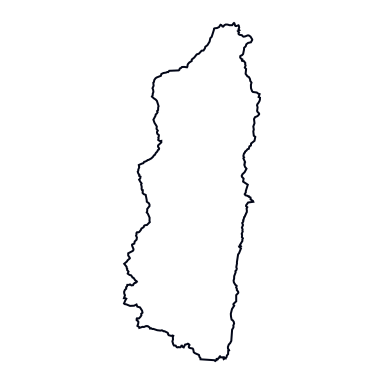 Mueang Pan, Lampang, Thailand (Albers equal-area conic projection)
{"feature_id": "78962969B66536016204177", "entity_name": "Mueang Pan", "entity_type": "district", "adm_level": 2, "iso_a3": "THA", "parent_name": "Thailand", "parent_adm1": "Lampang", "projection": "albers", "projection_center": [99.445, 18.803], "detail": "fine", "context": "isolated", "style": "outline", "palette": "ink", "viewbox_px": 384, "rotation_deg": 0, "n_neighbors": 0, "source": "geoboundaries", "source_scale": "gbopen_adm2", "svg_char_len": 6005}
<svg xmlns="http://www.w3.org/2000/svg" viewBox="0 0 384 384"><path d="M258.1,103.4L259.5,101.0L259.9,99.7L260.0,97.7L258.6,97.0L259.6,94.1L258.0,93.5L256.8,92.5L253.0,92.0L252.1,91.2L251.0,88.2L250.9,84.8L251.5,82.6L250.3,81.0L250.0,79.1L249.3,77.7L248.7,76.9L247.5,76.4L245.6,73.8L246.1,69.0L244.8,67.6L245.6,65.5L245.1,64.1L245.3,63.0L244.0,61.2L242.0,60.8L241.9,60.5L242.4,59.4L240.7,58.4L240.1,57.1L240.4,55.9L242.1,55.1L243.1,54.0L244.0,49.7L244.1,47.8L245.7,46.3L246.3,44.3L248.1,42.9L250.9,42.3L252.2,40.0L252.2,39.4L250.5,36.6L248.7,35.4L247.6,35.4L245.2,36.4L243.7,36.7L242.8,36.3L241.9,35.2L239.6,34.8L238.7,34.2L238.5,33.3L239.0,32.4L237.9,31.1L239.4,30.2L238.5,29.2L239.2,27.7L238.8,25.8L238.5,25.3L236.1,26.1L235.5,26.0L235.1,25.5L234.4,23.3L234.0,23.0L233.6,23.3L232.2,25.2L229.5,25.2L227.7,24.6L225.8,24.5L224.5,25.1L223.2,26.6L222.5,26.5L221.4,25.1L220.5,24.8L219.0,27.1L217.1,28.0L214.7,28.3L214.1,28.6L213.8,30.2L211.7,36.8L210.3,38.2L209.6,41.6L207.4,45.2L205.3,46.8L204.9,48.4L203.5,50.5L201.6,50.7L198.9,53.7L196.7,54.4L194.3,57.5L191.8,59.5L191.7,61.0L189.3,62.5L188.0,64.0L187.6,64.9L187.4,66.7L187.0,67.3L184.1,66.9L182.0,67.0L180.8,68.1L179.8,68.5L179.3,69.9L178.7,70.4L169.3,70.8L168.1,72.1L167.3,72.0L166.0,72.6L163.5,73.0L162.0,73.7L161.3,74.1L160.9,75.8L156.6,77.5L155.5,78.3L154.3,80.0L153.9,82.0L153.3,82.7L153.6,85.8L152.5,88.2L153.1,89.7L153.4,91.9L152.7,93.9L152.7,95.2L151.9,96.6L153.9,98.4L155.6,99.5L156.9,100.9L158.6,106.2L158.2,107.2L158.1,110.0L157.1,111.1L157.6,112.1L156.9,113.4L155.7,114.5L155.5,115.8L153.4,119.7L154.5,122.8L156.8,126.5L156.5,128.8L157.8,130.7L157.0,131.9L157.0,132.7L157.4,133.9L158.8,135.0L158.9,135.5L158.7,136.9L158.3,137.5L158.6,138.4L158.2,139.9L159.4,140.8L160.3,141.1L161.3,140.9L161.3,142.4L158.1,145.4L158.0,146.7L159.1,148.3L158.9,149.4L157.8,150.2L157.3,151.5L155.8,153.0L154.9,154.8L153.9,155.4L153.0,156.8L151.3,158.4L148.6,159.9L147.5,160.1L147.0,160.7L145.2,161.6L144.2,161.8L143.3,163.2L141.9,163.6L138.8,165.0L139.2,167.4L138.3,169.6L138.3,170.7L137.7,171.7L138.4,173.7L139.3,174.6L139.1,175.8L140.5,176.6L140.2,178.5L139.1,179.6L140.6,182.2L141.6,183.4L141.1,184.4L141.7,186.8L141.6,188.9L142.0,190.0L142.8,190.2L142.6,192.9L143.7,194.1L145.7,194.9L146.7,200.0L146.8,201.7L148.9,203.3L149.5,204.6L149.5,206.1L147.2,209.0L147.2,211.2L146.7,212.4L147.8,213.6L149.6,217.7L149.5,220.9L149.8,222.1L146.9,225.0L145.1,225.2L144.2,225.7L143.6,227.2L141.4,228.6L140.9,229.9L139.3,231.9L138.2,232.4L137.1,232.2L136.4,233.1L136.5,234.7L136.0,235.7L136.9,237.4L136.6,239.6L134.7,241.5L134.3,243.6L132.3,244.4L132.0,244.8L132.1,245.7L133.5,249.1L133.4,250.0L132.8,250.9L128.2,253.3L128.2,255.5L129.8,257.9L129.8,258.4L127.5,260.4L127.0,261.4L124.2,263.8L126.6,266.8L126.7,268.1L127.2,268.7L127.1,269.9L128.5,271.6L127.7,273.6L129.5,274.9L131.2,275.4L132.6,277.6L133.5,277.8L135.3,280.4L136.6,281.2L136.9,281.7L136.1,282.2L135.7,282.8L134.6,283.0L133.6,284.0L133.0,285.2L131.4,285.4L130.0,284.4L129.1,284.9L127.3,284.9L127.0,286.4L126.1,287.2L126.2,288.7L124.9,289.9L124.1,291.9L124.3,293.8L125.0,295.2L124.0,298.1L125.1,298.1L126.3,298.7L125.3,300.4L124.0,303.5L124.8,304.1L126.4,304.4L130.0,305.9L134.1,305.7L136.5,304.5L137.3,306.6L140.0,307.4L142.1,310.7L142.5,312.7L141.2,313.8L141.4,315.3L140.3,317.0L138.8,318.5L137.0,318.3L136.6,319.0L136.7,320.3L137.5,320.6L138.4,321.9L138.2,323.7L137.4,325.9L139.1,327.0L139.3,327.9L142.7,326.8L143.9,327.0L146.2,326.0L147.1,326.3L147.7,326.1L149.5,327.4L150.1,328.6L151.0,328.2L152.3,329.0L153.3,328.9L157.2,330.2L160.5,330.6L161.9,330.3L163.8,331.3L164.5,331.2L167.5,332.7L168.1,333.4L168.1,334.4L168.7,335.2L171.3,335.9L172.6,335.5L173.3,335.8L172.8,337.4L173.0,339.3L172.4,341.4L173.2,344.2L173.9,345.5L175.6,345.6L176.8,347.2L177.8,347.4L178.3,347.1L180.2,347.3L181.0,346.7L181.4,345.7L181.9,345.6L183.0,347.1L183.7,347.4L185.1,344.6L187.0,344.2L187.8,343.7L188.5,343.9L189.5,345.0L188.8,346.3L188.9,347.4L189.9,348.0L192.6,348.5L193.2,349.3L193.8,352.3L195.0,353.2L198.9,354.9L199.6,357.2L200.4,358.0L200.5,359.3L214.3,360.2L215.2,361.0L215.9,360.5L216.4,359.4L216.8,359.7L217.1,359.0L217.8,359.2L218.3,358.3L219.6,357.5L219.5,356.7L220.0,356.3L221.0,357.4L223.9,357.2L224.0,357.6L223.4,358.2L223.7,359.1L224.7,358.5L224.9,358.1L225.7,358.4L225.9,357.7L226.5,357.2L226.9,355.5L228.1,354.1L228.2,350.8L229.1,350.4L228.8,349.6L228.0,348.8L227.9,347.0L228.8,344.5L230.1,343.2L231.3,340.9L232.1,329.7L233.4,327.5L233.5,326.7L233.3,325.6L234.1,323.5L233.7,321.7L232.8,320.4L231.6,319.6L231.0,316.6L230.8,313.8L232.0,309.0L234.2,305.7L233.4,304.7L233.5,303.9L236.2,301.3L236.2,295.1L238.2,293.0L238.3,292.4L238.1,291.6L236.8,290.0L236.9,288.9L236.1,287.4L236.6,286.3L236.6,285.7L235.5,285.0L234.3,283.1L233.8,282.1L233.6,280.4L234.1,278.8L234.2,276.1L235.6,272.4L235.4,271.1L236.2,270.4L236.8,268.8L236.3,267.1L237.0,263.3L236.9,262.2L238.1,254.4L239.0,253.3L241.0,248.3L239.3,247.0L239.1,246.5L240.8,246.1L240.0,244.9L242.4,240.9L242.3,239.7L242.9,238.3L241.9,237.2L242.1,235.0L241.7,233.9L242.7,231.4L242.4,230.7L242.6,229.3L241.9,227.7L243.0,225.0L242.2,223.0L243.2,221.7L243.4,220.6L243.1,220.2L243.7,219.2L244.2,217.0L244.8,216.7L245.2,215.2L245.7,214.7L246.0,213.4L246.7,212.5L246.9,210.9L246.6,208.6L247.3,207.2L246.1,206.2L246.1,205.3L248.1,202.5L253.3,201.8L253.0,201.0L250.6,199.4L250.7,198.2L250.4,197.4L249.2,197.1L248.8,196.2L248.0,196.2L247.2,195.7L245.5,195.3L244.7,194.1L245.8,192.4L245.8,191.0L247.8,184.7L243.1,181.6L243.6,178.6L242.0,176.9L241.7,175.9L242.4,174.3L244.6,172.2L246.5,168.7L245.1,167.0L244.3,164.8L244.8,163.9L244.5,163.1L245.1,162.1L243.4,158.4L244.1,157.3L243.5,156.7L243.4,155.8L244.0,153.4L244.9,152.6L245.1,151.6L246.3,150.7L247.5,149.2L248.8,148.8L249.4,146.4L250.9,145.5L251.1,143.5L254.5,140.8L255.3,136.9L253.8,135.7L253.3,131.4L253.8,129.5L253.3,126.5L254.5,123.2L254.0,119.1L255.0,117.2L257.5,116.1L259.1,114.4L259.1,113.5L257.5,111.8L257.1,110.9L257.6,107.3L257.0,105.2L257.7,103.6L258.1,103.4Z" fill="none" stroke="#020617" stroke-width="2"/></svg>